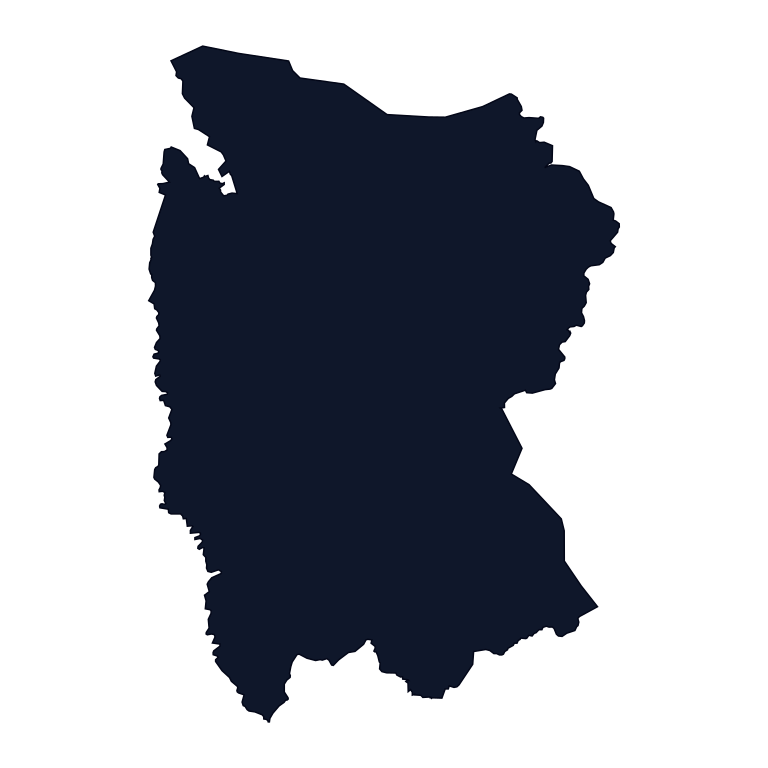 the district of Gabriel Zamora, Michoacán, Mexico
{"feature_id": "50627088B34750510771659", "entity_name": "Gabriel Zamora", "entity_type": "district", "adm_level": 2, "iso_a3": "MEX", "parent_name": "Mexico", "parent_adm1": "Michoacán", "projection": "albers", "projection_center": [-102.041, 19.155], "detail": "fine", "context": "isolated", "style": "filled", "palette": "ink", "viewbox_px": 768, "rotation_deg": 0, "n_neighbors": 0, "source": "geoboundaries", "source_scale": "gbopen_adm2", "svg_char_len": 6114}
<svg xmlns="http://www.w3.org/2000/svg" viewBox="0 0 768 768"><path d="M597.5,606.7L581.2,585.9L564.3,561.0L564.2,530.8L561.3,518.9L529.1,484.7L511.3,474.0L522.0,448.3L502.0,409.4L500.3,408.1L504.5,407.5L504.4,403.0L508.3,398.4L511.8,396.4L514.5,393.8L525.4,390.2L526.7,392.7L532.4,393.1L545.2,389.6L550.0,389.1L551.8,388.4L555.5,383.6L554.4,379.8L555.3,374.0L559.0,368.0L559.5,363.2L560.3,361.8L564.0,360.4L564.8,358.7L564.8,357.0L558.5,349.3L559.5,344.7L562.1,342.1L565.2,341.6L569.7,335.7L570.7,333.1L570.0,331.6L569.6,332.5L568.2,330.2L567.1,329.7L568.4,328.1L570.1,326.9L574.0,326.5L576.4,325.2L581.2,326.5L582.4,325.8L584.3,323.0L584.5,320.7L583.5,316.6L581.5,312.8L581.9,308.4L584.3,306.1L586.2,302.7L585.6,295.4L586.4,292.2L588.8,289.5L588.6,286.3L589.6,283.8L588.1,279.3L583.8,275.8L583.9,273.0L586.2,269.2L588.4,267.1L590.8,265.8L599.3,264.7L602.8,262.4L605.2,258.1L610.4,255.6L613.3,252.5L614.2,247.9L615.3,246.7L611.1,243.4L610.2,240.8L617.6,232.2L618.1,228.9L619.3,227.0L619.2,223.7L615.7,221.0L613.2,220.2L613.9,213.9L613.5,211.9L611.1,207.6L598.4,201.8L593.8,198.5L588.3,185.3L583.4,178.9L579.3,171.2L569.6,166.6L562.4,165.6L551.5,165.0L544.6,167.7L549.1,163.2L550.9,163.0L552.1,161.5L552.5,145.7L544.2,142.2L539.6,142.6L536.8,140.8L535.9,141.8L535.0,139.6L536.9,130.3L541.9,126.1L543.4,122.5L543.6,118.2L542.8,117.3L540.5,116.8L538.6,118.3L529.0,117.6L524.0,118.0L521.3,116.6L519.5,114.6L519.5,112.8L522.0,110.3L521.3,106.5L517.2,99.3L517.2,97.9L511.4,94.1L509.4,93.9L482.6,106.6L445.3,117.2L428.7,117.0L387.1,114.6L343.8,84.1L300.0,78.0L292.6,70.6L288.6,61.0L238.6,53.4L202.7,46.1L171.0,60.8L176.6,71.8L176.0,75.6L178.3,78.0L181.3,78.8L182.9,81.2L182.4,93.7L184.6,98.1L194.0,107.7L191.9,116.3L194.4,128.4L198.4,129.5L209.5,136.7L207.4,144.9L221.2,151.9L223.4,154.9L226.0,161.0L218.5,169.4L222.0,176.5L229.4,171.3L230.3,174.2L231.7,175.6L237.2,193.6L232.0,193.1L228.0,194.1L227.0,195.3L223.7,195.8L220.6,192.0L220.5,190.0L219.2,188.2L224.2,184.5L224.2,182.8L222.3,183.7L219.8,183.0L218.9,181.3L214.3,181.4L213.3,180.2L209.9,179.6L208.6,178.1L207.9,175.5L204.9,176.5L204.4,175.9L203.7,177.2L199.6,178.6L194.6,167.6L188.6,163.7L187.6,158.7L180.1,150.6L171.2,147.0L170.5,148.3L164.8,149.5L164.1,152.0L163.2,164.0L161.0,168.4L161.0,169.7L162.0,170.6L161.8,172.9L162.6,174.7L169.5,182.1L163.0,183.6L158.2,183.8L157.7,184.5L159.9,188.3L159.2,192.4L165.5,195.0L153.2,232.2L154.7,236.2L153.1,239.3L152.4,244.0L150.9,248.2L150.9,255.2L151.7,257.4L150.9,258.2L151.0,259.9L149.7,262.7L149.1,269.1L150.7,274.0L151.7,274.3L151.7,277.6L152.6,280.4L155.4,282.6L155.5,286.1L154.5,290.2L148.7,300.7L154.1,303.9L154.7,308.7L156.8,309.9L158.9,312.7L158.7,314.6L156.9,316.4L156.4,318.0L158.7,322.9L159.1,325.8L156.7,329.0L156.5,330.3L159.8,335.7L160.1,338.5L156.5,342.5L154.5,347.4L155.3,349.4L158.0,350.4L158.8,351.8L157.9,353.2L154.1,354.1L152.9,356.8L153.6,358.1L159.2,359.0L160.3,359.8L160.0,361.4L156.4,366.1L154.8,373.4L155.7,376.1L159.3,375.0L160.1,375.3L160.2,376.3L155.8,379.6L155.2,381.9L156.5,385.5L162.1,391.4L165.7,391.6L167.6,392.7L167.2,394.3L161.6,395.4L159.9,396.8L159.5,398.4L160.2,400.6L163.2,400.4L163.9,401.0L165.4,405.6L169.8,406.8L171.9,409.4L168.7,418.0L170.8,422.6L170.9,424.8L166.9,435.3L167.8,437.4L170.8,437.2L171.8,438.2L171.7,439.4L170.3,440.8L164.9,444.0L167.1,447.7L167.0,450.1L164.3,451.6L161.4,451.7L159.1,453.9L158.8,464.7L158.1,466.3L155.7,467.7L154.7,469.5L153.9,477.4L154.7,479.1L158.3,482.0L160.6,485.3L160.3,487.4L159.0,489.9L159.2,491.7L162.6,491.3L164.9,492.5L164.2,495.3L164.8,497.3L164.3,500.6L165.8,503.5L164.6,504.4L162.0,503.8L160.5,504.2L159.6,506.0L159.9,507.8L168.3,509.2L168.7,512.7L171.0,513.9L180.6,513.9L182.7,516.1L183.3,518.8L186.3,518.5L187.3,526.2L191.9,525.8L192.8,526.4L190.4,530.4L190.4,533.2L199.0,532.4L200.4,533.2L200.5,534.4L199.6,535.8L194.9,537.6L194.9,539.5L200.1,538.5L202.5,539.9L202.3,542.0L198.1,546.3L197.8,548.3L199.3,549.3L202.4,547.6L204.1,547.9L203.3,554.7L205.8,557.4L205.8,561.2L206.8,564.7L206.5,568.1L207.9,571.4L211.3,572.3L218.5,569.8L221.4,571.6L221.1,573.5L211.8,577.7L208.4,581.8L207.2,584.2L209.3,591.6L204.5,595.2L206.1,600.9L205.3,608.8L210.0,609.7L211.1,610.6L211.1,613.3L208.3,619.3L209.1,628.1L206.3,632.4L206.1,634.0L207.3,634.8L211.3,634.0L214.2,634.5L215.1,636.9L212.4,643.0L220.1,644.1L219.9,646.2L213.8,650.8L213.1,652.5L213.2,654.7L217.0,655.9L218.2,657.3L215.6,659.7L215.6,661.5L222.1,670.7L229.5,677.5L231.4,681.3L237.3,686.3L237.8,687.7L236.9,690.5L237.2,691.8L238.5,692.9L244.1,694.8L242.1,702.1L243.2,705.6L245.1,706.4L247.1,709.6L249.0,711.0L254.9,711.9L262.2,714.8L263.7,716.6L263.8,719.0L266.1,719.3L267.7,720.4L268.2,721.9L269.4,721.9L269.9,718.4L272.9,713.2L279.1,705.9L284.1,702.3L285.5,700.3L287.4,699.9L288.2,699.0L288.0,697.7L284.3,692.0L284.3,684.1L286.8,680.1L290.1,677.4L290.3,675.6L289.5,673.5L290.8,666.6L292.2,662.0L297.0,654.6L299.1,654.1L306.9,658.2L315.6,660.5L320.1,659.6L322.3,660.1L326.9,658.6L329.0,660.2L331.6,665.0L333.3,665.4L338.6,659.9L348.4,652.5L355.0,651.4L363.6,644.3L366.0,639.8L367.9,639.3L371.9,639.9L371.1,643.2L375.0,646.3L375.2,648.1L373.9,651.1L374.9,651.9L376.0,651.6L377.8,655.7L379.3,661.9L380.2,662.9L379.6,668.9L381.9,671.6L386.5,672.8L395.8,673.0L396.9,675.1L400.6,677.0L402.5,676.7L402.7,679.1L408.2,679.8L408.9,680.6L406.8,680.7L405.8,681.5L408.0,683.1L408.2,691.6L410.6,689.6L412.3,692.3L412.3,695.1L414.6,694.3L414.5,694.9L419.8,695.2L421.1,695.5L422.8,697.4L429.8,697.0L430.2,697.8L431.0,697.3L431.6,698.3L432.2,697.8L441.9,698.1L445.2,688.9L448.3,688.9L449.2,685.9L454.0,687.4L456.9,686.8L459.0,684.9L472.7,664.3L473.6,651.5L485.8,649.5L489.8,650.5L493.9,653.6L496.7,653.6L499.4,654.9L501.9,654.9L503.4,654.2L504.8,651.5L507.5,649.8L507.9,648.3L513.2,645.4L514.3,643.2L517.0,643.2L518.2,640.5L520.1,639.4L520.7,638.1L525.8,638.6L526.9,638.1L528.8,635.3L532.1,636.0L534.1,633.4L536.1,632.7L538.9,629.7L541.9,629.7L542.9,627.4L546.3,626.2L549.0,627.1L552.4,627.0L554.1,628.5L556.4,634.2L558.4,636.0L562.1,636.4L566.8,633.2L574.9,630.5L576.7,626.6L578.0,625.6L578.8,622.1L577.8,618.5L579.3,616.6L597.5,606.7Z" fill="#0f172a" stroke="#020617" stroke-width="1.5"/></svg>